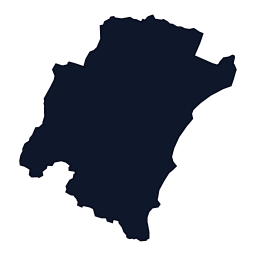 Humacao, Puerto Rico (Albers equal-area conic projection)
{"feature_id": "32010507B58001941007009", "entity_name": "Humacao", "entity_type": "district", "adm_level": 2, "iso_a3": "PRI", "parent_name": "Puerto Rico", "parent_adm1": "", "projection": "albers", "projection_center": [-65.812, 18.138], "detail": "fine", "context": "isolated", "style": "filled", "palette": "ink", "viewbox_px": 256, "rotation_deg": 0, "n_neighbors": 0, "source": "geoboundaries", "source_scale": "gbopen_adm2", "svg_char_len": 2382}
<svg xmlns="http://www.w3.org/2000/svg" viewBox="0 0 256 256"><path d="M20.0,160.7L20.5,164.8L24.7,166.0L30.3,169.2L29.6,174.7L31.6,176.7L38.0,176.5L38.9,177.2L42.5,175.3L41.8,171.5L46.1,168.2L47.0,165.0L52.0,165.3L54.0,161.9L61.3,160.5L66.1,161.9L70.9,165.8L69.2,167.6L69.3,170.2L75.2,171.0L75.4,173.0L76.1,173.9L74.1,174.5L73.4,178.6L69.9,180.4L66.3,186.4L67.2,189.4L66.1,191.9L70.9,194.6L74.0,195.0L75.2,196.8L77.0,198.7L77.3,200.0L78.5,201.8L77.8,205.0L81.8,206.8L82.9,205.2L89.7,206.7L93.6,208.5L95.5,215.7L101.6,217.6L106.4,217.6L107.5,220.9L112.3,222.4L113.0,219.1L118.9,220.5L119.3,221.9L119.2,222.8L122.4,227.1L124.0,231.5L127.0,235.1L126.9,236.5L127.3,237.2L127.6,237.6L128.6,238.0L129.9,238.3L130.9,238.2L131.3,237.8L132.4,237.7L132.9,238.2L134.0,238.6L136.4,237.9L140.6,240.6L145.9,240.1L146.0,240.1L146.2,239.5L147.5,238.6L148.7,238.0L148.7,234.4L148.7,233.4L148.7,232.0L147.9,227.8L147.3,224.4L146.8,222.0L146.8,221.7L146.8,217.2L148.0,213.8L148.7,211.6L152.4,207.6L157.9,206.8L159.8,204.2L156.8,200.1L157.6,196.4L158.0,193.8L158.7,189.8L163.5,180.9L165.3,178.0L168.1,173.6L168.7,172.7L173.1,169.0L176.1,166.0L173.6,163.0L172.8,162.0L171.6,158.0L171.5,157.6L171.3,156.8L173.5,148.2L178.7,136.7L180.7,133.9L186.8,125.2L187.4,124.6L192.4,118.6L191.6,115.2L191.4,114.3L191.3,113.8L192.8,109.7L195.7,106.8L197.4,105.2L200.6,102.3L210.2,95.2L222.8,88.5L229.4,86.1L230.9,85.6L233.2,78.9L234.5,74.2L235.4,71.1L236.0,69.8L234.0,64.9L232.9,63.4L234.3,57.2L233.9,55.9L232.5,55.4L229.0,57.2L223.6,58.1L220.1,62.1L219.3,63.9L217.1,65.3L212.0,63.7L194.0,55.8L199.6,42.8L202.7,33.7L199.2,32.3L194.0,28.8L193.1,28.8L189.7,29.7L184.8,29.0L181.1,27.2L176.9,27.1L172.5,24.5L169.8,24.3L167.1,21.8L163.3,19.7L161.5,20.4L154.8,19.4L152.8,15.4L151.5,15.7L148.0,17.1L145.1,20.5L142.9,19.6L141.3,22.2L136.0,19.8L133.7,19.8L130.0,17.6L121.8,19.1L114.9,18.2L113.7,16.8L110.8,17.3L109.9,19.2L104.8,21.8L103.5,25.3L100.5,25.8L101.0,38.9L97.8,46.3L97.4,47.5L94.0,50.7L90.1,52.2L86.1,59.2L84.0,67.0L75.2,64.0L69.1,62.3L68.5,62.7L67.7,65.0L62.4,66.2L56.0,64.1L52.8,69.5L55.4,76.1L55.0,77.1L54.4,80.1L52.2,84.4L50.8,87.2L44.4,98.8L45.0,101.3L44.3,103.1L44.9,106.3L44.7,107.7L44.8,113.4L45.0,116.2L43.1,122.5L43.3,123.9L39.1,127.7L35.8,128.0L32.7,135.3L30.4,137.8L29.4,141.4L26.7,142.9L25.1,144.1L23.0,148.9L23.2,151.3L21.2,155.0L20.0,160.7Z" fill="#0f172a" stroke="#020617" stroke-width="1.5"/></svg>